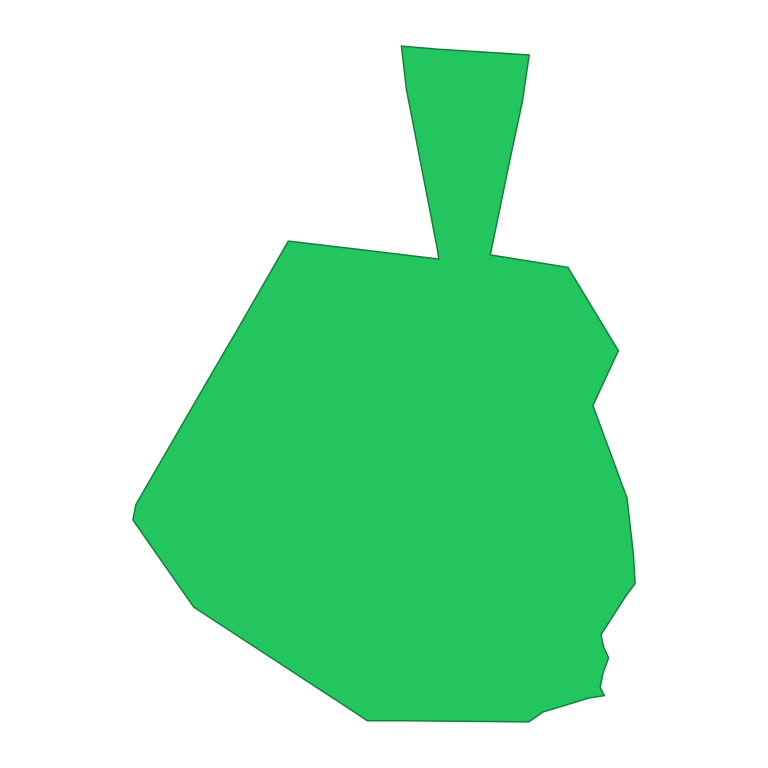 São José do Piauí, Piauí, Brazil
{"feature_id": "56859067B64517443240530", "entity_name": "São José do Piauí", "entity_type": "district", "adm_level": 2, "iso_a3": "BRA", "parent_name": "Brazil", "parent_adm1": "Piauí", "projection": "natural_earth1", "projection_center": [-41.469, -6.79], "detail": "fine", "context": "isolated", "style": "filled", "palette": "green", "viewbox_px": 768, "rotation_deg": 0, "n_neighbors": 0, "source": "geoboundaries", "source_scale": "gbopen_adm2", "svg_char_len": 620}
<svg xmlns="http://www.w3.org/2000/svg" viewBox="0 0 768 768"><path d="M635.1,583.6L633.4,554.3L627.0,497.9L623.6,488.8L592.9,405.5L618.4,350.7L567.9,267.4L490.3,254.9L510.6,156.5L513.5,143.0L522.3,102.0L529.2,55.0L436.5,49.1L401.4,46.1L406.3,88.8L428.8,204.9L437.6,250.5L438.8,259.1L372.0,251.0L288.3,241.1L234.0,335.5L227.6,346.3L185.5,418.7L175.5,436.1L135.9,504.5L132.9,520.0L193.7,607.1L348.7,708.4L367.3,720.7L400.4,720.7L528.7,721.9L543.0,712.0L588.6,698.1L604.3,695.6L600.2,687.3L603.1,673.0L608.6,657.8L603.8,647.5L600.9,634.8L625.8,596.0L635.1,583.6Z" fill="#22c55e" stroke="#15803d" stroke-width="1.5"/></svg>